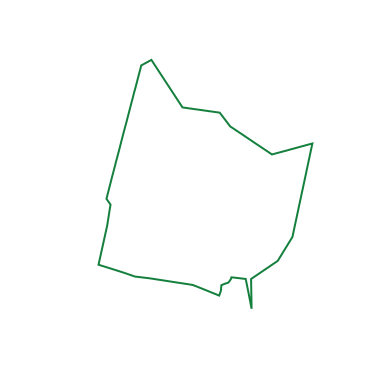 the district of San Antonio Acutla, Oaxaca, Mexico, rotated 312°
{"feature_id": "50627088B20203637446703", "entity_name": "San Antonio Acutla", "entity_type": "district", "adm_level": 2, "iso_a3": "MEX", "parent_name": "Mexico", "parent_adm1": "Oaxaca", "projection": "mercator", "projection_center": [-97.495, 17.744], "detail": "fine", "context": "isolated", "style": "outline", "palette": "green", "viewbox_px": 384, "rotation_deg": 312, "n_neighbors": 0, "source": "geoboundaries", "source_scale": "gbopen_adm2", "svg_char_len": 1040}
<svg xmlns="http://www.w3.org/2000/svg" viewBox="0 0 384 384"><g transform="rotate(312 192 192)"><path d="M263.0,73.4L252.1,69.6L230.9,80.6L227.6,82.2L222.5,84.9L221.7,85.3L220.1,86.1L200.1,96.5L196.3,98.4L191.4,100.9L187.0,103.2L183.7,104.9L175.9,109.0L165.2,114.5L162.6,115.8L159.5,117.5L158.6,117.9L152.7,121.0L152.0,121.3L129.7,133.0L128.1,139.9L120.3,144.9L119.3,145.6L110.2,151.5L75.4,171.2L86.3,195.1L91.0,206.2L99.4,218.1L123.4,254.7L127.3,265.2L133.2,281.5L137.9,279.6L142.4,276.2L145.4,277.6L148.9,279.6L151.1,279.5L153.5,279.1L155.0,278.4L158.3,283.0L163.3,290.1L161.1,293.1L155.3,300.9L149.2,309.0L145.1,314.4L166.9,294.1L198.2,301.8L225.9,296.7L226.2,296.5L226.5,296.3L248.4,283.7L250.5,282.5L252.5,281.3L253.4,280.8L255.3,279.7L256.8,278.9L257.5,278.4L258.4,277.9L262.0,275.9L264.3,274.5L267.0,273.0L308.6,249.0L273.4,226.3L271.5,212.8L271.1,210.1L270.6,206.8L270.1,203.0L266.3,176.5L269.5,159.5L260.4,146.0L255.0,138.0L252.7,134.6L248.5,128.3L251.8,115.8L263.0,73.4Z" fill="none" stroke="#15803d" stroke-width="2"/></g></svg>